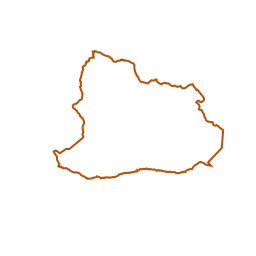 the district of Dormaa East, Brong Ahafo, Ghana, rotated 141°
{"feature_id": "2480657B16380673722667", "entity_name": "Dormaa East", "entity_type": "district", "adm_level": 2, "iso_a3": "GHA", "parent_name": "Ghana", "parent_adm1": "Brong Ahafo", "projection": "equal_earth", "projection_center": [-2.665, 7.264], "detail": "fine", "context": "isolated", "style": "outline", "palette": "amber", "viewbox_px": 256, "rotation_deg": 141, "n_neighbors": 0, "source": "geoboundaries", "source_scale": "gbopen_adm2", "svg_char_len": 5819}
<svg xmlns="http://www.w3.org/2000/svg" viewBox="0 0 256 256"><g transform="rotate(141 128 128)"><path d="M206.2,142.0L205.5,140.7L205.0,140.2L204.4,140.1L204.5,139.5L204.3,139.5L204.3,139.1L203.8,138.1L203.6,138.0L203.7,137.7L203.4,137.2L203.0,136.8L201.6,136.1L201.4,135.7L201.1,135.4L200.6,133.3L200.3,133.1L200.0,133.0L199.8,132.6L199.9,131.9L199.4,130.6L199.2,129.5L198.2,128.3L198.3,128.0L197.8,127.3L197.1,126.6L196.4,126.4L195.9,125.9L195.6,125.7L195.3,124.9L194.6,124.1L194.2,123.1L194.0,120.7L193.6,120.1L193.2,118.7L192.4,117.7L192.1,116.4L192.2,115.7L191.9,115.2L191.6,115.1L191.6,114.3L191.4,114.0L191.2,114.0L191.0,113.7L190.7,113.7L190.3,113.4L189.5,112.6L189.3,112.3L188.5,112.1L188.1,111.7L187.1,111.3L186.2,111.2L185.0,110.6L184.0,109.8L183.3,109.7L182.6,110.0L181.3,108.1L180.6,106.5L180.7,105.9L180.5,105.7L178.9,105.4L178.7,105.0L178.5,104.9L178.2,104.3L177.6,104.2L177.4,103.8L176.9,103.9L176.0,103.4L175.1,102.4L174.8,102.4L173.2,100.6L171.1,99.7L170.4,98.9L169.6,98.7L169.3,98.2L166.1,97.3L165.1,97.2L164.0,97.6L163.1,97.1L162.9,96.8L162.6,96.8L162.0,96.3L161.8,96.2L161.2,96.3L160.7,96.1L160.5,95.7L159.3,95.6L158.0,94.1L156.2,93.3L155.7,92.6L155.1,92.5L154.8,92.1L154.4,92.1L154.1,91.7L153.7,91.7L153.5,91.4L152.2,90.7L152.0,90.8L151.4,90.0L151.0,90.0L150.5,89.7L149.5,89.8L149.1,89.0L148.0,88.4L147.2,89.4L147.0,88.9L145.8,88.4L144.3,88.4L144.1,88.2L143.8,87.6L143.4,87.4L143.3,87.2L141.7,86.6L140.7,85.2L139.9,85.3L139.0,84.7L138.9,84.2L138.7,84.1L138.6,83.9L138.4,83.8L138.2,83.2L137.5,82.9L137.2,82.1L136.8,82.1L135.6,81.0L135.1,80.1L133.6,79.3L132.8,77.6L132.9,77.3L132.6,76.6L132.2,76.6L131.6,76.2L131.2,76.3L131.1,75.9L130.6,75.6L130.3,75.1L129.8,75.1L129.2,74.0L128.7,73.9L128.5,73.1L127.8,72.2L127.5,72.1L126.8,71.2L126.5,70.7L126.2,70.5L125.8,69.9L125.7,69.3L125.1,69.2L124.9,68.9L124.6,68.9L124.4,68.3L123.6,67.8L123.1,67.8L123.0,67.3L122.5,67.1L122.2,66.6L121.7,66.2L121.2,65.4L119.6,64.7L119.4,64.3L119.2,63.2L118.0,61.5L116.9,61.1L116.5,60.6L114.8,60.2L114.2,59.8L113.1,59.7L112.7,59.4L112.4,58.6L111.1,58.2L110.9,57.7L109.9,58.0L108.9,58.1L108.1,57.9L107.7,57.6L106.7,57.5L103.7,55.7L103.3,56.1L102.2,56.6L98.6,57.0L96.8,56.3L96.1,56.5L95.0,56.4L93.8,56.3L93.0,56.0L92.4,55.2L90.9,52.1L90.8,51.0L90.6,50.7L87.3,46.4L87.4,50.9L67.6,53.5L55.4,66.5L55.9,68.0L56.6,71.2L56.7,72.9L57.3,73.9L57.4,74.6L58.2,74.7L58.6,74.9L58.9,75.1L59.4,75.9L59.5,77.1L59.1,78.3L58.6,79.2L59.0,79.8L59.7,80.3L60.9,81.6L62.0,83.2L62.3,83.8L62.3,85.1L61.7,87.2L61.5,88.6L60.2,91.2L60.1,91.7L60.3,92.7L59.6,94.4L59.6,94.9L59.8,96.0L60.6,96.8L61.2,98.0L59.5,98.9L58.6,100.1L58.3,101.6L58.4,103.4L58.8,105.0L57.0,105.2L56.3,105.0L55.7,104.4L55.5,103.0L55.2,102.3L53.9,101.8L51.3,102.0L51.2,102.1L51.0,102.5L50.6,102.8L50.1,103.6L50.0,103.9L50.1,105.0L49.9,106.3L50.0,106.5L49.9,106.9L50.1,107.9L50.1,109.0L49.9,109.4L50.0,111.7L49.8,112.8L50.1,114.2L50.7,114.2L51.0,114.8L50.7,115.8L50.7,117.7L50.5,118.6L50.7,119.3L50.3,120.4L50.2,121.3L51.2,121.6L52.3,122.6L55.4,123.0L58.0,123.0L59.1,123.4L60.6,124.3L61.0,127.9L62.4,128.2L63.4,128.6L64.3,129.8L64.5,130.7L65.0,131.4L65.7,131.8L66.1,132.2L67.1,132.4L68.2,135.4L68.2,136.1L68.4,136.9L68.8,137.6L69.3,137.8L69.9,138.2L70.2,139.0L71.0,140.0L72.4,140.5L72.9,141.0L74.4,140.8L75.2,142.1L75.9,144.2L76.2,145.7L76.1,146.2L75.4,147.9L75.6,148.2L76.0,148.0L78.0,148.7L79.2,149.6L79.7,150.4L84.3,150.3L84.8,150.1L85.0,150.4L85.3,151.1L85.9,151.9L86.4,152.9L87.5,153.9L88.0,154.9L89.1,155.9L88.8,159.4L88.1,161.2L88.1,161.7L88.2,162.5L88.1,163.4L87.1,167.3L85.3,170.6L84.4,171.8L83.9,172.1L83.5,172.6L83.3,173.5L83.4,174.9L84.3,176.9L85.0,178.0L85.1,178.9L85.7,180.0L86.6,181.1L87.4,181.5L87.8,182.2L87.8,182.7L88.1,183.1L88.6,183.0L88.9,183.3L88.9,183.9L89.7,184.3L89.5,185.0L89.7,185.3L90.4,185.4L91.1,185.2L91.3,185.5L92.3,185.5L93.3,186.6L94.8,186.9L95.4,186.8L96.7,187.7L97.3,188.8L97.3,189.2L97.2,189.6L97.5,190.2L97.4,190.8L97.0,191.4L97.0,191.6L97.0,192.6L97.6,193.6L97.6,194.4L97.4,195.0L98.2,196.0L98.4,196.1L98.8,196.9L99.1,197.0L100.9,200.1L101.0,200.6L101.2,200.9L101.2,201.2L101.8,202.7L101.8,203.2L102.1,204.0L102.3,204.1L102.4,204.4L102.8,204.5L103.4,205.2L103.9,206.4L104.1,206.6L105.0,208.2L105.3,208.4L105.9,208.2L106.3,209.0L106.7,209.1L107.0,209.6L107.4,209.6L107.4,208.9L107.6,207.9L108.1,207.7L108.2,207.4L108.8,207.4L108.8,206.8L109.1,206.7L109.5,205.8L109.8,205.4L109.8,205.0L110.0,204.8L110.3,204.6L110.5,204.7L110.6,204.4L111.8,205.5L112.8,205.8L113.0,205.7L113.7,206.1L114.2,206.3L115.0,205.6L115.4,205.6L115.8,205.0L116.2,204.7L117.3,204.8L117.7,205.0L118.1,205.8L118.5,205.9L118.8,205.0L120.2,204.9L120.5,204.4L121.5,203.6L122.6,204.0L123.3,204.1L123.8,203.6L124.2,203.5L124.4,203.8L125.0,203.9L125.4,202.9L126.2,201.6L128.0,200.6L128.8,200.5L130.0,199.0L130.9,198.3L131.5,198.0L132.3,197.3L133.4,196.5L134.2,196.3L134.5,196.0L134.8,195.5L135.5,195.1L135.6,194.9L135.6,193.3L135.7,193.0L136.2,193.0L136.5,192.6L136.9,192.3L137.6,190.7L138.0,190.5L138.2,190.2L139.1,190.4L139.4,190.3L139.7,189.0L140.4,188.1L140.5,187.1L141.0,186.1L141.1,185.1L141.8,183.6L141.8,183.2L142.5,182.6L142.8,182.1L144.7,180.6L145.3,179.8L145.8,179.6L147.4,179.6L148.1,180.0L148.6,180.1L149.7,179.7L151.0,179.4L151.8,179.5L152.6,179.3L154.6,180.3L155.6,180.4L156.7,180.2L157.2,179.7L157.8,178.8L157.9,177.7L157.3,176.0L157.4,175.0L156.9,174.0L157.5,171.1L157.3,170.4L156.9,169.8L157.2,168.6L157.7,167.2L157.5,166.6L157.6,165.9L157.2,164.1L157.6,162.2L158.3,160.4L159.4,159.2L160.9,158.4L161.9,158.0L162.6,157.5L164.2,155.2L164.7,154.0L165.3,152.8L167.6,151.6L168.1,149.5L168.9,148.8L186.9,148.6L189.3,150.7L196.9,151.3L198.0,155.5L199.7,156.5L200.7,156.4L201.3,150.4L201.5,149.9L202.7,148.8L203.2,147.8L203.7,145.1L203.9,144.5L204.0,144.0L204.3,142.9L204.7,142.9L205.0,142.3L205.4,142.1L206.2,142.0Z" fill="none" stroke="#b45309" stroke-width="2"/></g></svg>